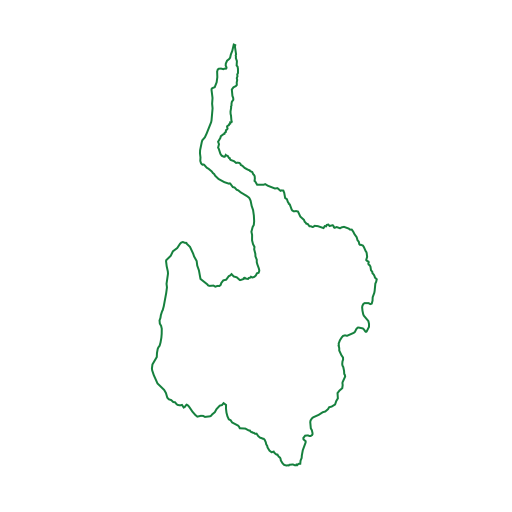 Leiva, Nariño, Colombia, rotated 353°
{"feature_id": "7082276B29262956514041", "entity_name": "Leiva", "entity_type": "district", "adm_level": 2, "iso_a3": "COL", "parent_name": "Colombia", "parent_adm1": "Nariño", "projection": "equal_earth", "projection_center": [-77.3, 1.978], "detail": "fine", "context": "isolated", "style": "outline", "palette": "green", "viewbox_px": 512, "rotation_deg": 353, "n_neighbors": 0, "source": "geoboundaries", "source_scale": "gbopen_adm2", "svg_char_len": 6115}
<svg xmlns="http://www.w3.org/2000/svg" viewBox="0 0 512 512"><g transform="rotate(353 256 256)"><path d="M259.7,43.4L257.5,49.4L255.6,52.9L254.5,56.0L253.4,57.2L251.1,58.6L249.5,61.3L249.1,63.2L249.7,65.2L249.5,66.0L249.1,66.4L247.5,66.2L246.4,66.6L244.1,65.7L241.9,65.6L240.8,66.2L239.9,68.2L239.4,73.8L238.1,78.8L235.6,83.4L233.0,84.1L232.3,84.8L232.1,85.9L232.1,93.9L231.0,99.5L230.9,104.1L228.4,115.9L227.8,117.7L222.0,128.3L219.7,132.0L216.8,134.6L216.1,136.2L213.4,144.2L212.9,147.3L212.9,151.4L212.3,154.8L212.7,157.1L213.3,158.2L214.1,158.9L214.7,158.7L215.6,159.1L217.9,162.4L219.5,163.6L222.4,166.7L223.3,168.4L224.5,169.6L225.2,171.3L228.2,175.0L233.5,178.8L237.9,180.9L238.7,180.7L239.2,180.9L241.4,184.8L243.1,185.4L244.9,187.9L246.4,188.7L248.6,191.0L254.6,195.7L256.3,197.4L256.9,198.9L257.4,200.6L257.8,205.8L258.7,210.0L258.8,215.6L258.4,221.3L257.6,224.9L256.2,226.8L254.4,231.4L254.7,234.6L254.0,240.0L254.5,243.9L255.6,246.8L255.0,249.1L255.6,253.8L255.4,256.3L256.3,259.8L256.0,262.2L256.3,264.4L257.3,268.7L257.5,270.7L257.2,271.7L256.5,273.0L254.8,273.3L253.5,275.3L251.8,276.5L249.9,276.9L248.5,276.0L248.0,276.7L246.3,276.9L245.3,277.8L242.9,277.1L242.3,276.3L241.8,276.2L241.2,276.5L241.0,277.3L237.5,278.0L237.0,277.9L234.3,274.8L231.4,273.6L229.5,271.0L228.0,272.2L226.5,272.7L223.5,275.9L220.6,276.2L218.3,278.5L217.4,280.4L216.0,281.3L214.0,281.0L211.9,281.5L210.2,280.2L206.3,280.0L205.1,279.5L204.6,279.0L204.4,278.4L198.1,272.0L197.6,263.3L196.5,258.3L196.5,253.8L194.5,248.9L193.9,246.0L191.6,238.9L188.6,235.2L188.5,234.5L186.9,234.2L185.1,233.2L183.4,233.6L182.1,234.6L178.8,238.5L174.1,241.2L171.4,245.4L166.4,249.2L166.1,250.1L166.1,255.2L166.6,260.6L166.5,262.8L163.8,272.7L163.8,276.3L162.3,282.0L158.3,294.7L156.7,298.6L156.1,299.3L154.4,303.0L153.6,305.8L152.4,308.2L152.3,311.4L153.3,313.8L153.6,316.7L152.9,321.8L152.1,325.6L150.7,330.2L149.4,333.3L147.9,334.9L147.1,336.3L145.9,340.2L145.2,344.2L140.0,351.0L139.0,354.9L139.0,356.8L140.0,361.7L142.7,370.5L148.5,377.7L149.9,381.0L150.7,385.8L152.0,387.6L154.3,388.7L156.1,390.9L157.8,391.3L159.2,393.5L160.2,394.3L162.5,395.0L164.4,394.8L165.8,397.6L167.1,397.0L168.2,395.7L169.1,395.1L170.4,396.2L171.4,397.8L173.9,402.7L176.4,406.4L178.2,408.3L181.8,407.9L184.1,408.3L185.7,409.5L190.9,409.5L192.1,409.0L193.0,408.0L196.1,406.0L198.1,403.2L201.8,400.1L204.1,399.8L205.9,398.1L208.1,400.2L207.6,403.8L207.6,407.9L208.1,411.6L209.1,414.8L210.8,415.9L212.0,418.3L217.6,422.2L218.4,423.4L218.9,425.0L224.4,426.0L227.4,428.2L228.7,428.5L229.0,429.3L230.0,430.3L230.8,430.4L231.6,431.2L232.4,431.3L233.5,432.4L234.9,432.4L236.3,435.1L238.1,437.0L239.5,437.4L240.1,438.1L241.3,438.3L242.2,439.5L243.0,442.1L243.2,444.2L244.0,445.9L244.1,447.4L245.7,450.9L247.6,452.7L249.7,452.3L250.0,453.2L251.3,454.8L252.3,455.7L253.1,455.7L254.0,457.8L255.3,459.1L255.7,460.6L255.7,461.9L257.1,465.0L258.5,466.8L260.8,467.7L261.6,467.6L263.0,467.9L263.7,467.3L267.2,467.4L269.2,468.5L270.3,468.6L270.7,468.0L271.4,468.6L272.8,467.5L274.6,467.6L275.3,464.5L276.7,462.0L277.2,459.5L278.8,454.4L282.5,447.2L282.7,445.9L280.8,443.8L280.8,442.4L282.9,440.3L285.7,440.4L287.1,441.2L288.3,441.3L289.9,440.5L290.4,439.7L290.5,438.6L290.2,435.7L289.4,433.8L289.6,427.5L290.1,425.9L291.7,424.0L293.1,423.1L298.9,421.3L303.2,419.2L305.8,418.8L308.8,416.8L310.2,415.0L312.7,414.7L316.4,413.0L318.0,409.7L319.9,407.3L320.2,402.0L322.5,399.7L325.5,397.7L326.3,394.7L326.3,392.8L326.5,391.9L329.8,386.5L329.7,384.9L329.2,383.8L329.4,380.8L329.1,376.9L328.5,375.4L328.4,373.8L329.0,371.1L329.8,369.5L330.0,367.4L328.7,364.9L327.1,360.0L327.4,357.5L327.1,355.4L327.3,355.4L327.4,353.0L329.0,349.9L331.2,347.2L332.7,345.9L334.7,345.6L336.6,346.3L343.6,344.2L344.9,343.4L346.7,340.7L348.2,339.5L349.1,339.5L353.2,340.9L354.2,342.1L355.3,344.2L355.9,344.7L356.6,344.4L359.5,340.1L359.9,337.2L359.6,334.3L355.7,328.3L355.3,326.8L355.0,323.2L355.1,319.8L355.6,318.3L356.7,316.7L358.0,316.0L362.1,316.5L362.8,317.2L363.8,317.7L365.1,317.3L366.2,314.6L366.8,311.1L368.9,307.0L369.5,305.1L371.1,297.9L372.1,296.3L373.0,293.8L371.4,291.9L371.3,290.8L370.6,288.8L369.5,287.3L369.5,285.9L368.4,284.1L368.3,280.5L367.7,279.0L366.8,278.3L366.6,277.6L366.6,276.9L367.1,276.1L367.0,275.3L365.4,274.2L364.9,273.4L366.2,270.4L366.2,266.5L366.0,265.5L365.4,264.4L364.2,260.4L363.4,258.7L361.6,257.7L360.7,257.7L360.0,256.9L359.7,254.2L358.7,252.8L358.2,249.6L356.4,246.3L355.5,243.8L354.3,241.5L352.4,241.2L351.4,240.1L346.9,237.8L344.5,238.0L342.8,238.7L339.6,237.1L337.5,237.6L336.8,237.1L336.8,236.2L335.9,234.8L332.7,235.2L331.6,233.6L330.0,233.8L329.2,235.1L327.9,234.7L326.4,236.5L321.0,233.9L317.8,233.2L316.6,234.0L315.6,234.1L314.1,233.2L312.7,233.0L311.2,230.5L309.9,230.1L309.4,229.0L308.5,228.0L308.0,226.0L304.8,222.3L303.1,217.0L301.3,216.3L299.0,216.3L297.6,215.3L297.1,214.4L295.8,208.9L294.9,208.2L294.8,207.2L294.2,206.3L293.6,203.4L292.0,202.0L291.7,196.7L291.1,194.4L289.3,194.0L288.3,194.3L285.6,191.3L283.0,191.3L276.3,187.7L273.9,185.8L272.3,186.2L265.8,185.4L264.3,181.9L263.7,181.3L264.3,179.0L264.4,176.6L263.8,175.1L263.3,174.7L262.5,172.2L260.5,171.0L260.1,170.1L259.1,169.8L257.8,168.8L257.1,168.6L256.4,167.7L255.6,167.4L253.5,164.8L252.0,163.8L251.7,162.5L250.8,161.6L249.1,161.1L247.6,161.2L245.7,159.2L242.6,157.6L242.1,157.0L241.8,155.6L241.1,155.4L240.1,153.2L238.8,152.7L238.3,152.0L237.0,153.7L235.7,153.4L234.9,152.5L234.2,152.4L233.1,150.2L232.1,145.0L231.6,143.8L232.9,140.5L232.3,138.0L235.0,134.5L235.7,132.8L238.6,131.1L239.6,130.9L239.9,129.9L241.2,129.2L241.5,127.5L242.8,126.8L243.3,126.0L243.0,124.2L243.5,123.4L245.0,122.9L245.3,122.0L246.5,121.5L246.6,120.2L248.0,120.2L248.3,119.8L248.1,118.3L248.3,113.5L248.1,111.9L248.3,109.5L249.4,105.8L249.4,104.7L250.0,103.7L250.3,101.6L250.9,99.9L252.5,98.2L252.6,97.2L252.6,96.2L252.1,94.2L252.3,87.8L254.2,85.8L256.7,84.9L257.8,83.9L258.0,81.4L258.8,79.0L258.6,77.1L259.5,75.4L259.5,73.5L260.4,72.2L260.9,68.2L260.8,65.8L260.0,64.6L260.8,60.2L260.1,57.0L260.4,56.0L260.3,54.4L260.8,53.4L260.6,45.7L261.1,44.2L259.7,43.4Z" fill="none" stroke="#15803d" stroke-width="2"/></g></svg>